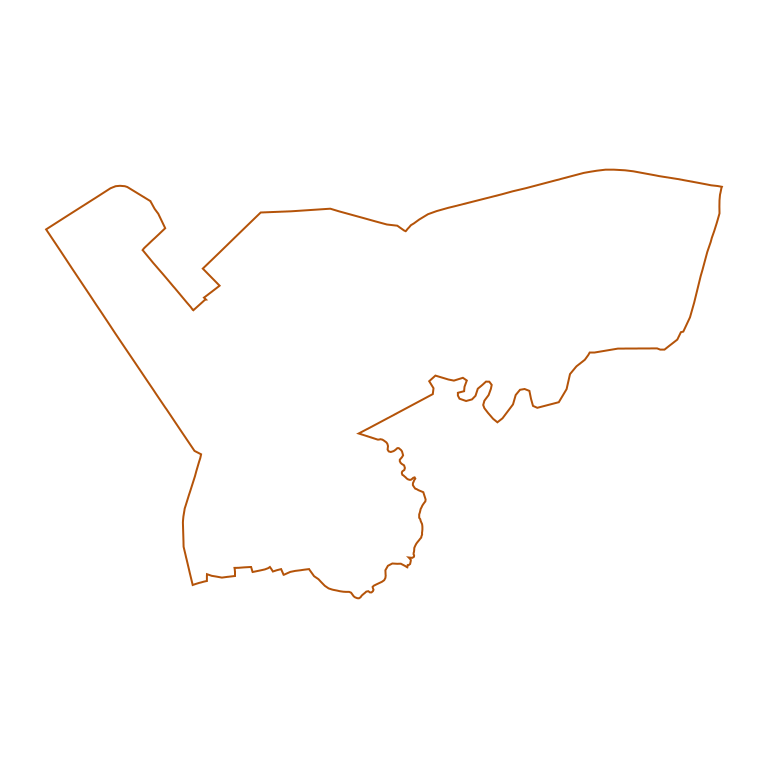 outline of Jeshwang, Banjul, Gambia
{"feature_id": "56634734B33214654746760", "entity_name": "Jeshwang", "entity_type": "district", "adm_level": 2, "iso_a3": "GMB", "parent_name": "Gambia", "parent_adm1": "Banjul", "projection": "mercator", "projection_center": [-16.661, 13.451], "detail": "fine", "context": "isolated", "style": "outline", "palette": "amber", "viewbox_px": 768, "rotation_deg": 0, "n_neighbors": 0, "source": "geoboundaries", "source_scale": "gbopen_adm2", "svg_char_len": 5468}
<svg xmlns="http://www.w3.org/2000/svg" viewBox="0 0 768 768"><path d="M46.1,229.4L60.4,250.8L71.6,267.8L91.9,298.2L96.3,304.9L100.1,310.5L100.3,310.8L109.0,323.9L115.4,333.6L119.1,339.1L120.1,340.6L133.7,360.7L143.2,374.8L147.7,381.5L153.6,390.2L155.9,393.7L165.3,407.6L166.4,409.1L181.0,430.9L194.5,450.9L194.7,451.0L201.1,454.3L200.3,458.0L199.4,460.8L199.1,461.7L196.3,471.2L195.0,476.1L190.0,491.8L189.1,494.5L185.4,506.4L184.7,508.5L184.4,510.5L183.4,516.5L183.0,520.7L183.0,520.8L182.9,522.5L183.5,542.2L183.5,543.2L183.6,546.8L184.7,551.4L185.7,555.6L186.2,557.9L186.3,558.1L189.1,570.0L189.7,572.6L192.7,585.0L195.9,583.9L198.2,583.2L199.1,582.9L200.0,582.7L201.9,582.2L203.6,581.7L205.8,581.2L206.9,581.0L206.9,579.3L206.9,577.4L206.9,575.9L207.0,574.2L210.8,575.5L211.6,575.8L216.5,576.6L219.2,577.1L221.9,577.6L227.9,576.8L228.2,576.8L228.9,576.7L235.0,576.0L235.0,571.5L234.9,571.2L234.8,569.6L234.5,567.9L238.6,567.8L243.7,567.4L250.5,567.0L251.1,567.0L252.5,571.8L252.6,572.0L253.2,571.9L260.9,570.3L264.9,569.4L268.3,568.1L269.9,567.0L271.2,568.8L272.9,571.5L276.0,570.5L276.2,570.4L281.1,569.1L282.6,572.5L283.6,574.8L283.8,574.8L290.3,571.9L295.2,570.9L300.9,570.2L303.4,569.8L303.7,569.8L304.2,569.7L306.6,569.4L309.1,569.1L309.5,569.8L311.0,571.9L313.1,574.8L313.5,575.4L314.1,576.2L318.5,579.2L320.9,581.8L324.8,585.8L328.6,588.4L331.1,589.2L331.3,589.3L333.1,589.8L337.2,590.6L339.8,591.2L343.2,591.7L346.4,591.9L348.0,591.9L349.2,591.9L351.1,592.7L352.4,594.5L353.7,596.3L355.0,597.3L357.3,598.2L358.9,598.3L360.5,597.3L361.7,595.6L363.4,594.1L365.0,592.8L366.3,591.6L368.3,591.2L369.9,592.4L371.5,592.4L372.9,591.2L373.5,589.8L373.0,588.4L372.7,587.5L372.6,586.9L373.8,585.7L376.4,584.4L381.9,581.8L384.2,580.2L385.4,577.9L385.7,575.4L385.6,574.9L385.5,572.6L385.5,572.4L385.4,570.2L385.6,569.9L387.9,565.8L392.3,563.5L397.2,563.8L400.8,563.7L405.0,565.9L406.6,566.9L407.0,567.2L407.3,567.3L407.7,565.3L407.9,565.4L408.9,564.9L410.1,564.0L410.8,560.8L410.8,559.9L409.4,558.2L408.7,557.5L411.7,557.8L412.4,557.8L414.0,556.7L414.1,555.2L413.6,554.4L413.6,553.0L413.9,552.2L414.1,550.9L414.2,549.8L414.3,547.9L415.3,545.6L416.3,543.7L417.4,542.2L417.5,542.1L419.3,539.9L420.2,538.7L421.2,537.6L421.4,536.4L422.1,534.6L422.0,532.9L422.2,531.6L422.4,529.5L422.4,527.4L422.4,526.9L422.3,525.8L422.2,524.9L422.0,523.9L421.3,522.4L420.7,521.0L420.2,519.1L419.2,517.8L419.2,516.5L419.2,515.7L419.2,514.4L419.5,513.5L419.6,513.2L419.9,512.3L420.4,510.2L420.6,509.1L421.6,507.2L422.3,505.6L423.7,503.5L425.0,501.8L425.3,501.5L425.6,499.7L425.6,499.4L424.0,494.4L423.3,492.2L418.5,490.2L416.4,489.0L415.3,488.7L414.1,487.1L412.9,485.2L412.9,483.9L413.0,483.0L413.5,482.0L414.2,480.2L415.3,478.6L414.6,477.4L413.3,477.8L411.4,479.5L410.0,479.9L408.1,479.4L407.5,479.0L406.7,478.5L405.4,477.1L404.7,476.6L403.3,475.3L402.5,475.0L401.9,473.6L401.9,472.2L402.4,471.3L404.3,470.0L404.9,468.0L404.1,465.4L401.6,463.8L400.5,462.7L400.2,462.0L399.8,461.3L399.8,459.7L401.9,457.3L403.1,455.3L402.0,451.4L401.0,450.0L398.7,448.1L397.4,448.1L395.4,449.9L393.6,451.1L390.8,452.0L388.7,451.4L387.6,449.6L387.8,447.7L388.0,446.1L387.4,443.9L386.4,442.4L384.9,441.3L383.5,440.3L382.3,439.6L380.8,439.3L380.5,439.2L378.8,439.6L377.7,439.6L358.7,433.5L377.5,423.6L400.0,411.6L432.8,394.1L433.5,388.2L429.2,381.2L435.2,375.8L435.4,375.6L448.4,379.5L453.9,380.6L462.9,377.8L466.8,380.5L464.5,386.8L464.1,391.2L457.9,392.8L457.9,395.6L459.5,398.7L466.1,401.0L472.0,399.4L475.5,395.8L477.8,388.7L481.7,385.5L486.0,381.6L489.3,381.7L491.7,384.9L490.9,388.8L488.6,395.1L484.4,400.7L483.2,405.0L484.4,408.2L488.0,412.9L493.1,418.8L497.4,422.3L502.5,418.3L513.0,404.4L515.7,395.0L520.0,389.8L524.6,389.0L529.4,390.9L531.0,398.8L533.0,405.9L537.3,407.8L558.8,402.2L566.6,389.1L570.0,374.1L575.7,367.2L576.6,366.2L584.8,359.8L588.3,355.0L589.7,352.5L589.8,352.5L594.7,352.5L617.9,348.6L657.1,348.4L660.2,349.6L664.5,349.6L669.3,345.8L677.3,339.6L680.9,332.2L683.3,331.6L690.0,317.3L694.2,302.5L700.7,276.0L702.5,269.8L707.3,251.9L710.7,242.0L711.8,237.9L714.2,231.1L716.6,223.5L717.8,219.4L719.5,213.4L719.4,206.6L719.5,200.3L720.0,194.7L720.5,192.6L721.4,188.1L721.9,186.8L717.5,186.0L711.1,185.3L707.1,184.5L697.6,182.7L677.5,179.0L659.1,176.1L655.6,175.4L646.3,173.7L633.3,171.3L625.1,170.3L614.4,169.7L605.3,169.7L596.9,170.7L590.6,171.7L583.8,172.9L525.8,188.2L512.7,191.3L501.8,194.3L454.5,206.3L448.3,207.8L436.6,211.1L428.0,214.2L419.1,219.6L413.9,223.4L410.9,225.2L409.3,227.1L407.5,229.0L406.2,230.7L405.7,231.2L404.1,230.5L403.4,230.0L401.7,228.8L397.3,225.7L386.9,224.5L375.1,221.3L364.0,218.2L338.9,211.3L330.3,208.7L294.2,211.1L291.1,211.3L260.7,212.5L251.9,221.0L235.7,236.7L219.5,252.5L202.8,268.6L219.1,285.2L219.6,285.7L219.5,285.8L204.7,297.1L204.0,297.6L206.0,299.6L205.3,299.7L204.4,300.3L202.2,302.3L193.4,310.2L193.2,310.0L192.8,309.5L192.6,309.6L190.8,307.1L186.9,302.6L174.6,287.9L174.1,287.3L173.7,286.9L165.8,277.5L165.7,277.4L163.5,274.8L153.1,262.8L152.7,262.3L147.1,255.5L143.0,250.5L142.8,250.3L142.6,250.1L143.8,248.5L144.0,248.3L144.7,247.6L144.9,247.4L152.8,239.9L153.8,239.0L154.9,238.0L164.6,228.8L164.9,228.5L165.2,228.2L158.2,213.6L157.4,212.6L155.7,210.3L154.6,208.8L150.8,201.9L150.4,201.4L150.4,201.1L148.9,200.2L127.3,187.0L124.8,186.2L120.0,185.8L115.7,186.2L115.2,186.3L115.0,186.5L113.1,187.2L111.2,188.0L110.6,188.2L94.1,198.8L93.9,198.9L78.8,208.5L68.1,215.3L46.4,229.2L46.1,229.4Z" fill="none" stroke="#b45309" stroke-width="2"/></svg>